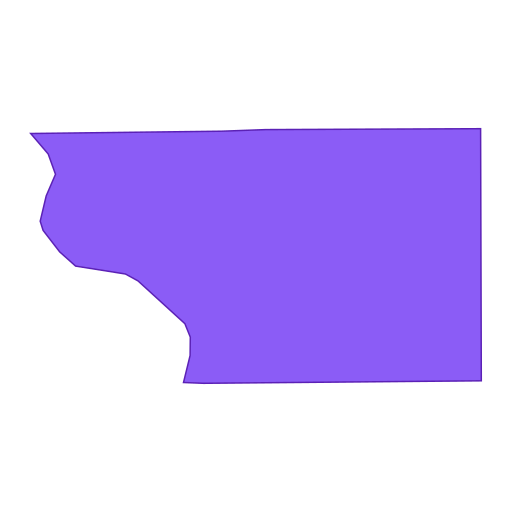 Buffalo, South Dakota, United States of America
{"feature_id": "52423323B50891604010383", "entity_name": "Buffalo", "entity_type": "district", "adm_level": 2, "iso_a3": "USA", "parent_name": "United States of America", "parent_adm1": "South Dakota", "projection": "orthographic", "projection_center": [-99.397, 44.065], "detail": "fine", "context": "isolated", "style": "filled", "palette": "violet", "viewbox_px": 512, "rotation_deg": 0, "n_neighbors": 0, "source": "geoboundaries", "source_scale": "gbopen_adm2", "svg_char_len": 363}
<svg xmlns="http://www.w3.org/2000/svg" viewBox="0 0 512 512"><path d="M30.7,133.5L48.2,154.0L55.5,174.3L46.2,195.9L40.2,221.2L43.1,230.4L59.7,251.9L75.6,266.1L125.4,274.0L138.0,280.9L184.9,323.7L190.3,337.1L190.1,355.5L183.5,382.5L203.5,383.3L481.3,380.8L480.6,128.7L265.7,129.6L221.8,131.2L30.7,133.5Z" fill="#8b5cf6" stroke="#5b21b6" stroke-width="1.5"/></svg>